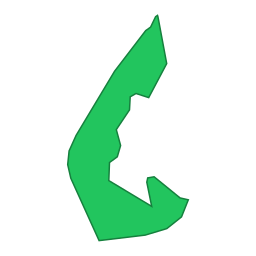 Sefton, orthographic projection
{"feature_id": "GBR-5667", "entity_name": "Sefton", "entity_type": "Metropolitan Borough", "adm_level": 1, "iso_a3": "GBR", "parent_name": "United Kingdom", "parent_adm1": "", "projection": "orthographic", "projection_center": [-2.99, 53.595], "detail": "fine", "context": "isolated", "style": "filled", "palette": "green", "viewbox_px": 256, "rotation_deg": 0, "n_neighbors": 0, "source": "natural_earth", "source_scale": "10m", "svg_char_len": 511}
<svg xmlns="http://www.w3.org/2000/svg" viewBox="0 0 256 256"><path d="M99.1,240.6L70.8,178.2L67.7,164.6L69.1,150.9L76.1,135.4L114.6,71.2L145.7,30.6L150.6,27.1L155.6,16.7L157.5,15.4L157.9,16.6L158.5,19.7L166.7,63.6L148.7,97.6L136.0,93.5L130.2,96.8L129.5,109.9L116.3,129.6L120.6,145.5L117.3,156.8L109.5,162.5L108.8,180.6L151.7,206.4L146.8,182.2L147.7,177.9L154.1,176.8L180.0,197.9L188.3,199.8L181.5,216.9L166.8,228.6L145.2,235.1L123.6,237.7L99.1,240.6Z" fill="#22c55e" stroke="#15803d" stroke-width="1.5"/></svg>